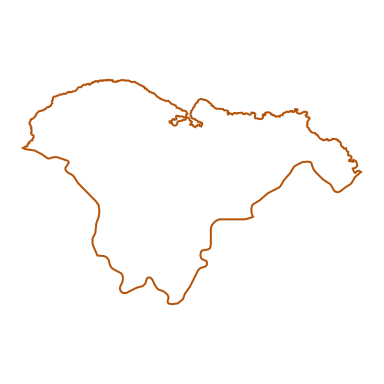 Luperon, Puerto Plata, Dominican Republic
{"feature_id": "3306468B16106454484671", "entity_name": "Luperon", "entity_type": "district", "adm_level": 2, "iso_a3": "DOM", "parent_name": "Dominican Republic", "parent_adm1": "Puerto Plata", "projection": "mercator", "projection_center": [-70.936, 19.84], "detail": "fine", "context": "isolated", "style": "outline", "palette": "amber", "viewbox_px": 384, "rotation_deg": 0, "n_neighbors": 0, "source": "geoboundaries", "source_scale": "gbopen_adm2", "svg_char_len": 5940}
<svg xmlns="http://www.w3.org/2000/svg" viewBox="0 0 384 384"><path d="M253.0,216.9L251.7,213.3L251.3,209.2L251.9,206.0L253.2,204.2L259.7,200.3L267.8,193.2L279.2,187.4L280.7,185.8L283.8,180.4L290.3,172.9L293.8,167.0L295.5,165.6L302.2,162.2L307.8,161.6L310.0,162.0L311.2,162.8L313.3,168.9L315.7,172.2L323.4,179.8L329.9,183.9L331.3,185.6L333.7,190.1L335.3,191.6L336.8,192.1L338.3,192.1L340.4,191.3L345.7,187.1L350.2,184.4L351.7,182.8L355.1,177.0L361.0,172.0L359.0,170.8L356.8,171.2L355.5,172.8L354.9,172.8L354.0,171.8L352.7,168.5L355.5,167.8L357.4,165.8L356.2,161.4L355.5,161.4L354.9,160.4L353.3,160.4L353.0,161.8L352.1,161.4L352.4,160.7L351.1,161.4L349.2,161.1L349.2,160.1L349.9,160.1L350.2,159.4L351.4,158.7L351.4,156.7L349.9,155.4L348.3,155.4L348.0,154.7L348.3,152.0L347.0,151.3L346.1,149.3L346.1,148.3L344.2,148.7L342.9,147.0L342.3,147.0L341.0,145.3L340.7,142.9L339.4,141.3L338.5,141.3L337.8,139.9L336.9,139.9L336.3,139.2L332.5,138.9L331.5,139.9L328.7,140.6L328.1,140.3L328.1,139.6L326.5,138.9L325.8,139.9L323.3,140.3L323.0,139.6L322.1,139.6L320.2,138.6L318.3,136.6L317.6,134.9L316.0,134.5L315.4,133.2L311.9,132.5L310.4,131.2L310.4,130.5L309.1,129.5L308.8,128.2L307.2,126.8L307.2,123.8L307.5,123.8L307.2,122.1L308.5,120.4L308.8,119.1L309.4,118.8L309.4,117.7L308.2,117.4L307.8,116.7L305.9,116.4L305.6,115.1L307.2,114.0L307.2,112.7L306.6,112.0L304.4,111.7L304.4,112.0L302.5,112.4L301.5,113.4L298.7,113.7L296.5,112.4L296.5,111.0L297.4,110.4L297.4,109.3L295.5,109.0L294.9,109.3L294.9,111.0L293.6,112.0L292.0,111.7L292.0,111.0L290.5,111.0L289.2,112.0L286.4,111.7L285.7,112.4L283.5,113.0L282.6,115.1L281.3,115.1L280.0,115.7L279.7,116.7L278.5,116.1L275.6,116.7L274.7,115.4L273.4,115.4L273.4,115.1L272.5,115.1L272.1,114.4L271.2,114.4L271.2,113.7L269.3,112.4L266.1,112.4L265.2,113.0L265.2,114.0L265.5,114.0L265.2,115.1L264.2,115.1L263.9,114.4L262.7,114.7L263.0,117.7L262.0,118.8L258.9,119.1L257.6,118.4L255.7,118.4L254.8,117.7L255.4,114.0L254.4,113.0L253.2,113.0L253.2,112.7L251.6,112.7L251.6,113.4L250.3,114.7L249.1,114.7L246.9,113.4L245.6,113.4L245.0,114.0L243.1,114.0L242.4,112.7L238.0,113.0L236.8,113.7L235.8,113.0L234.2,113.0L233.9,113.7L232.0,114.0L232.0,114.4L229.5,113.0L228.9,113.4L228.5,114.4L227.9,114.4L227.6,112.7L228.2,112.4L227.9,111.0L226.7,110.4L224.1,110.4L222.9,109.0L216.5,108.7L214.6,107.7L213.1,106.0L212.4,106.0L212.1,105.3L211.5,105.3L211.2,104.0L209.9,103.3L209.3,102.3L208.6,102.3L208.0,101.3L205.5,99.9L203.6,99.9L203.6,99.6L200.7,98.9L198.2,100.3L197.6,102.3L197.0,102.3L195.7,103.6L194.1,107.0L193.2,107.7L192.5,109.7L191.3,110.7L191.3,112.0L190.6,113.0L190.6,115.7L191.3,116.1L191.6,117.7L192.2,118.4L195.1,119.1L195.4,119.8L197.6,120.8L197.9,121.8L199.8,121.8L200.7,122.8L202.0,122.8L202.3,124.4L201.1,126.5L199.8,126.1L199.5,124.5L197.9,124.8L197.3,125.8L196.0,126.1L195.4,127.2L193.2,126.1L192.9,125.1L192.2,124.8L190.3,124.8L190.3,123.8L191.3,123.5L191.9,122.1L191.3,121.1L190.6,121.1L189.4,119.8L189.4,118.4L188.4,117.7L186.5,117.7L185.3,119.8L183.1,119.8L182.7,120.4L178.3,121.4L177.4,122.1L177.1,124.1L175.8,125.5L173.9,125.5L172.0,123.8L172.0,122.8L169.8,122.8L169.5,121.4L171.4,121.1L172.0,120.1L172.6,120.1L172.9,119.1L174.2,119.1L174.8,119.8L176.4,119.4L176.4,118.4L175.8,118.1L176.1,118.1L176.1,116.1L176.7,115.7L179.0,116.1L179.0,116.4L182.4,116.4L184.0,117.4L185.6,117.1L186.2,116.1L186.2,114.7L186.8,114.4L186.8,113.4L187.2,113.4L186.2,111.4L184.6,110.7L182.7,110.7L182.1,110.4L182.1,109.7L180.2,109.0L179.9,108.3L178.3,108.3L177.7,107.7L176.7,107.7L175.8,105.6L171.1,103.6L168.5,100.9L165.7,100.9L160.0,98.6L159.7,97.9L157.8,97.2L154.0,93.2L152.4,93.2L151.5,92.2L150.2,92.2L148.9,91.5L148.9,90.9L147.0,89.9L146.4,88.5L144.8,88.5L144.2,86.8L143.3,86.8L142.9,86.2L141.4,85.8L141.0,85.2L138.2,84.1L137.9,83.5L136.0,82.8L135.0,81.8L131.9,82.1L128.1,80.4L125.6,80.8L124.6,80.1L121.1,80.1L119.6,80.8L117.7,80.8L117.3,81.5L116.4,81.5L116.4,81.8L113.6,81.8L112.9,81.5L112.9,80.8L112.3,80.8L112.3,80.1L108.8,80.1L108.8,79.8L107.9,79.8L107.2,80.4L106.0,80.4L106.0,80.1L102.5,80.4L102.5,80.8L100.6,80.4L100.6,80.8L97.8,81.1L97.8,81.8L96.5,81.1L95.2,81.1L94.3,82.1L93.0,82.1L92.7,82.8L91.8,82.8L89.9,84.8L88.9,84.5L88.6,83.8L86.7,84.1L86.1,84.8L83.5,84.8L81.0,87.2L79.1,87.2L77.9,87.8L76.3,90.2L74.7,91.2L72.5,91.5L71.5,92.2L69.0,91.9L69.0,92.2L67.1,92.5L65.9,93.9L63.6,93.6L61.4,94.6L59.5,94.6L58.3,95.6L57.3,95.6L55.4,96.6L54.2,96.6L52.9,97.6L52.9,99.9L52.0,100.9L52.3,103.3L51.3,104.3L50.7,106.0L49.4,106.3L49.1,107.0L47.2,107.3L44.7,109.7L43.4,109.7L42.8,110.4L38.7,111.4L36.5,113.7L35.8,115.7L33.3,118.4L30.8,119.4L30.8,120.4L29.5,122.4L29.5,124.1L30.5,125.1L30.8,126.8L31.4,127.2L31.1,128.5L31.4,128.5L31.7,130.8L31.1,132.2L31.4,132.5L31.1,133.5L31.7,133.9L32.1,134.9L33.6,135.6L33.6,137.6L32.7,138.6L32.4,140.3L31.4,140.3L29.5,141.9L29.2,142.9L28.6,142.9L28.6,143.6L27.6,144.3L27.3,146.3L25.1,146.6L23.0,148.0L25.9,149.2L34.6,150.5L41.4,154.0L47.8,158.4L49.2,158.5L53.7,157.2L56.8,157.1L67.8,160.8L68.6,161.7L68.7,163.0L65.4,167.9L65.4,169.4L66.0,170.7L68.3,172.9L71.7,174.6L73.9,176.5L78.2,183.3L96.0,201.4L98.5,205.0L99.4,210.3L98.9,216.4L96.4,223.0L95.3,233.1L92.6,238.3L92.5,243.0L93.0,245.3L97.4,255.5L104.1,256.1L106.8,257.5L108.6,259.8L109.9,265.0L111.4,267.6L113.1,269.0L120.8,273.1L122.2,274.6L122.9,277.5L122.8,279.9L122.3,282.3L120.4,286.1L119.9,288.3L120.4,290.5L121.2,291.7L123.1,293.0L126.2,293.0L136.7,287.7L142.7,286.1L145.3,283.6L146.9,278.5L147.9,277.6L149.3,277.4L150.6,277.8L152.1,279.2L154.6,284.5L157.7,289.2L163.9,291.5L167.5,294.7L168.6,297.4L167.5,301.8L168.5,303.5L172.0,304.2L177.7,303.4L182.9,299.2L185.0,293.6L189.8,286.9L198.3,269.9L200.5,268.0L205.1,266.6L206.2,265.9L206.9,264.7L206.9,262.0L206.2,260.9L202.3,259.3L201.3,258.3L200.5,256.1L200.5,253.7L201.2,251.4L202.4,250.4L208.2,249.4L209.5,248.6L210.4,247.3L210.9,243.1L210.8,228.9L211.4,226.2L213.2,223.4L216.3,220.6L219.5,219.3L244.2,219.3L247.7,218.7L253.0,216.9Z" fill="none" stroke="#b45309" stroke-width="2"/></svg>